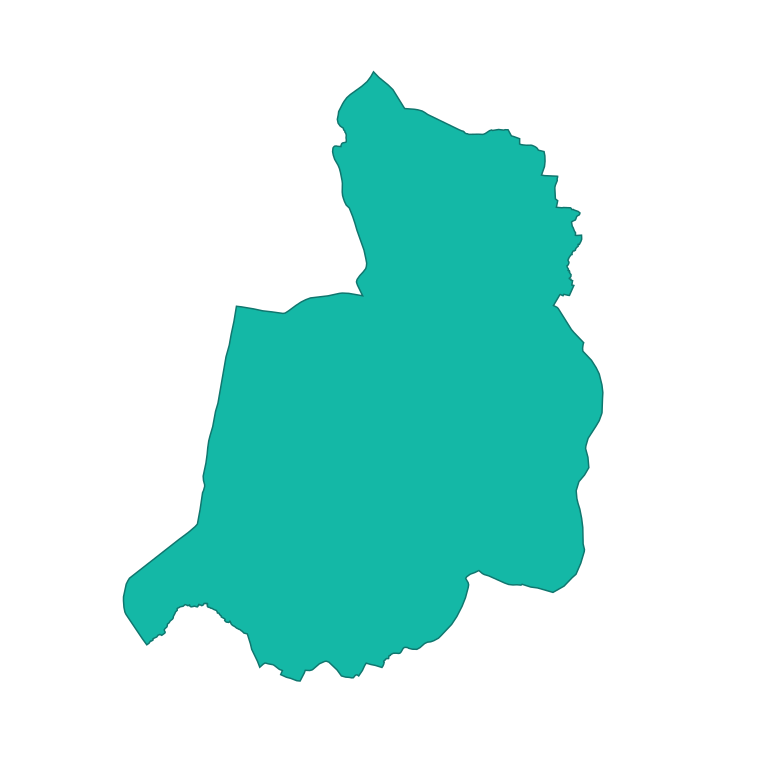 Nong Hong, Buri Ram, Thailand (Natural Earth projection), rotated 279°
{"feature_id": "78962969B41390045790021", "entity_name": "Nong Hong", "entity_type": "district", "adm_level": 2, "iso_a3": "THA", "parent_name": "Thailand", "parent_adm1": "Buri Ram", "projection": "natural_earth1", "projection_center": [102.637, 14.875], "detail": "fine", "context": "isolated", "style": "filled", "palette": "teal", "viewbox_px": 768, "rotation_deg": 279, "n_neighbors": 0, "source": "geoboundaries", "source_scale": "gbopen_adm2", "svg_char_len": 6127}
<svg xmlns="http://www.w3.org/2000/svg" viewBox="0 0 768 768"><g transform="rotate(279 384 384)"><path d="M103.7,426.3L105.1,427.0L106.9,427.5L109.2,427.7L109.5,427.1L110.3,427.1L110.6,427.5L111.2,427.7L111.4,428.2L112.6,428.7L112.8,429.2L113.3,429.6L113.4,431.1L113.6,431.5L116.1,431.4L117.0,432.8L117.6,432.8L118.3,433.6L119.5,435.3L120.0,438.0L120.2,440.8L120.6,441.8L122.0,442.8L125.7,444.2L126.6,444.9L127.2,445.9L127.4,448.3L126.8,449.9L126.5,453.5L127.1,458.0L129.3,460.8L134.0,464.7L135.8,467.3L136.7,470.5L138.3,473.4L141.5,477.6L144.5,479.8L157.1,488.4L165.7,492.3L176.7,495.9L185.6,497.9L196.2,499.0L198.9,499.0L200.9,498.2L204.7,495.1L206.5,495.8L209.7,499.0L212.0,503.2L214.6,506.9L212.2,510.8L211.5,512.8L210.9,517.4L206.3,534.3L205.5,538.5L205.7,542.8L206.5,546.6L206.8,550.8L207.8,551.7L206.4,560.8L206.6,567.5L204.6,583.5L212.6,593.5L222.1,600.1L226.1,603.4L237.8,606.4L249.8,608.0L251.8,607.9L257.2,605.7L273.3,602.8L282.3,600.2L291.0,597.0L296.7,594.2L301.1,592.4L308.7,590.5L318.1,591.8L325.5,596.3L333.4,599.4L343.5,596.9L351.8,593.2L354.4,593.1L362.3,594.1L375.6,600.0L381.4,602.3L388.7,603.7L389.9,603.8L403.8,602.1L409.7,601.5L417.2,599.4L427.6,595.0L433.3,591.0L439.9,585.2L447.5,575.3L450.1,574.6L452.0,574.5L454.8,574.5L456.0,574.8L464.6,563.5L467.1,560.6L485.9,544.2L486.8,542.9L488.0,539.1L499.9,543.8L500.0,544.1L499.2,547.0L500.7,547.6L500.4,552.4L500.5,553.3L511.0,556.1L511.2,554.0L515.6,554.1L515.7,552.5L516.7,552.3L516.9,550.7L517.1,550.5L517.5,550.5L518.6,551.4L519.6,551.8L521.4,551.6L522.2,550.5L523.0,550.1L523.4,549.5L524.3,549.7L524.9,549.3L525.0,549.0L524.8,548.4L524.9,548.1L526.3,548.2L527.9,546.8L529.3,546.2L530.5,547.3L532.4,547.7L533.3,547.6L534.8,546.4L536.1,546.4L536.5,546.8L537.6,546.9L539.5,547.8L540.6,548.5L541.3,548.8L541.4,549.5L542.7,549.2L544.5,549.8L545.2,550.4L545.3,551.3L545.9,551.7L546.1,552.1L547.7,552.2L549.1,553.0L550.4,554.2L552.3,553.9L552.5,554.2L552.4,555.1L555.7,556.2L557.9,556.6L559.6,556.3L561.9,555.8L560.9,551.3L560.8,549.8L563.4,549.5L564.8,548.2L568.1,546.3L569.2,545.3L573.1,543.9L573.5,544.0L574.7,545.4L575.9,547.3L576.7,547.6L579.5,548.1L580.4,548.8L581.5,550.3L582.1,550.6L583.6,550.8L584.8,548.8L585.6,544.5L586.0,543.8L585.7,542.2L586.9,541.2L587.2,540.5L586.4,533.7L585.9,532.2L585.5,526.6L592.2,526.9L593.7,524.3L604.2,522.1L605.2,522.0L607.3,522.2L612.0,523.3L613.8,522.9L615.3,523.1L616.3,523.0L616.3,522.3L614.9,509.9L615.0,506.9L623.8,508.5L626.2,508.4L629.3,508.2L634.5,507.2L638.6,505.7L639.1,499.9L640.6,498.6L641.3,497.7L642.1,495.9L642.8,493.3L642.9,491.9L642.1,487.4L641.9,484.2L641.9,481.9L642.3,480.4L647.5,479.6L648.7,473.4L649.0,471.0L654.5,466.8L654.1,463.8L653.5,462.6L653.3,457.4L651.4,451.6L651.7,450.5L650.7,448.6L647.2,444.8L646.3,443.3L646.0,442.6L645.5,438.2L643.8,428.6L644.2,427.5L644.1,426.3L644.4,425.2L644.9,424.3L645.7,423.5L645.7,422.9L646.2,422.4L646.1,421.4L646.9,418.3L657.0,385.0L658.5,381.9L659.6,379.0L660.1,374.5L660.1,371.1L659.3,361.3L676.1,346.8L680.0,341.3L686.0,331.0L690.7,324.8L685.5,322.9L680.0,320.0L674.6,315.5L664.7,305.5L661.0,302.5L657.0,300.4L654.3,299.3L646.0,296.6L642.6,296.7L638.1,296.5L634.4,297.9L631.9,300.4L630.3,303.8L628.7,304.4L627.9,305.6L626.4,306.2L625.7,307.0L623.9,307.8L621.1,308.0L619.7,308.5L617.5,308.8L616.8,308.4L615.7,305.6L615.1,304.9L614.4,304.5L612.6,304.2L611.8,304.3L611.5,301.2L611.6,299.4L611.1,297.9L610.0,297.1L609.1,296.7L605.4,296.9L602.1,298.1L598.2,300.1L592.9,304.4L590.0,306.2L586.4,307.8L578.2,310.8L575.7,311.5L567.1,312.7L563.7,313.6L561.1,314.8L558.1,316.4L554.8,318.7L552.4,322.2L544.3,327.0L538.1,330.2L531.7,333.2L513.1,343.3L505.1,346.4L500.6,348.0L497.5,348.2L495.1,347.9L491.4,345.9L487.2,343.1L483.1,341.1L480.8,340.8L479.8,341.1L477.4,342.4L467.8,349.1L468.0,335.1L467.3,328.6L466.5,325.7L462.3,314.9L457.5,297.9L455.0,293.5L452.0,289.3L447.9,284.8L441.3,278.3L438.6,275.3L437.9,273.2L437.7,262.0L437.3,252.7L437.8,243.4L437.9,231.3L437.7,226.1L422.3,226.0L409.1,225.3L398.2,225.1L386.2,223.7L339.0,223.0L330.7,221.9L315.1,221.5L305.8,220.3L300.4,219.8L293.3,219.9L287.3,220.3L278.0,220.5L264.7,219.8L260.5,220.8L256.5,222.6L254.7,222.9L250.5,222.4L248.3,221.8L231.2,222.0L216.4,221.6L213.5,219.7L206.6,213.8L198.3,205.7L152.4,163.0L149.8,161.9L146.0,160.7L133.0,160.0L129.1,160.6L122.7,162.1L118.2,163.8L116.1,165.2L94.6,185.2L89.3,190.5L91.1,192.4L93.6,193.6L93.8,194.7L94.4,195.1L94.8,195.8L95.2,195.9L96.0,195.6L97.1,196.8L98.6,199.1L100.8,200.3L101.0,201.0L101.6,201.8L101.0,203.8L103.7,206.5L104.7,206.7L106.1,205.6L107.0,205.4L108.5,206.2L109.8,207.4L110.8,207.7L113.1,207.7L114.4,209.0L116.5,209.9L118.5,211.7L119.3,212.2L120.3,212.4L121.4,212.3L124.6,213.4L126.1,213.7L128.2,215.2L129.7,214.8L130.3,215.2L131.0,216.4L131.9,217.3L132.6,219.0L133.0,220.3L135.0,222.0L134.8,223.9L134.4,224.4L134.4,225.1L135.3,226.5L134.3,227.0L133.7,228.3L134.3,230.2L134.9,231.3L134.6,234.4L135.1,234.7L135.2,235.0L135.8,235.0L136.5,235.4L137.3,235.5L137.4,235.8L136.9,236.3L137.1,237.5L136.6,238.2L136.6,238.8L137.6,240.1L138.0,240.4L139.0,240.5L139.5,241.7L139.1,242.7L139.7,243.4L139.1,244.2L137.8,244.0L137.3,244.4L136.9,244.3L136.3,244.7L136.2,245.5L136.0,245.9L135.9,247.3L135.5,247.9L135.4,249.6L134.8,250.7L134.1,253.8L133.0,254.9L131.9,255.2L131.7,255.7L131.9,256.6L131.4,257.3L130.6,257.6L129.5,259.5L128.5,259.7L127.3,263.0L126.7,263.9L125.6,263.6L124.7,264.5L124.2,265.5L124.2,267.9L124.6,268.4L125.5,268.7L125.5,269.2L124.8,269.4L124.1,270.1L123.4,270.3L122.4,271.4L121.6,272.9L121.2,274.3L119.9,276.5L119.2,278.8L119.0,279.1L118.8,280.6L118.0,281.5L117.6,282.6L116.1,284.6L115.8,288.1L106.5,292.7L101.3,294.8L90.2,302.5L84.8,305.6L88.5,308.6L89.7,310.0L89.8,310.9L89.5,313.7L89.4,318.2L89.0,319.4L85.8,325.2L85.1,328.5L80.8,327.4L79.1,333.5L78.7,337.7L77.3,344.3L77.5,347.6L86.2,350.5L88.9,351.0L89.4,355.5L90.3,357.6L91.0,358.4L97.6,364.0L100.7,368.8L101.2,370.3L100.7,373.0L94.2,382.4L89.0,387.6L88.5,392.0L88.8,395.5L88.7,398.0L89.1,399.7L91.7,401.2L92.4,402.3L92.5,402.9L92.4,403.3L91.7,404.7L97.7,407.5L103.0,409.0L105.5,410.1L104.9,415.0L104.7,419.5L103.7,426.3Z" fill="#14b8a6" stroke="#0f766e" stroke-width="1.5"/></g></svg>